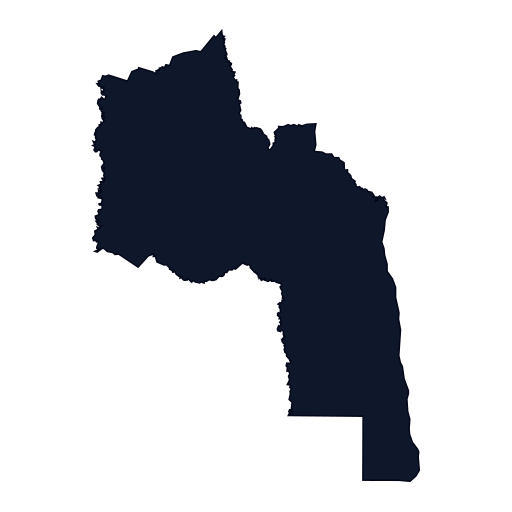 outline of Uruguay, Entre Ríos, Argentina
{"feature_id": "61730980B11587085710178", "entity_name": "Uruguay", "entity_type": "district", "adm_level": 2, "iso_a3": "ARG", "parent_name": "Argentina", "parent_adm1": "Entre Ríos", "projection": "equal_earth", "projection_center": [-58.63, -32.497], "detail": "fine", "context": "isolated", "style": "filled", "palette": "ink", "viewbox_px": 512, "rotation_deg": 0, "n_neighbors": 0, "source": "geoboundaries", "source_scale": "gbopen_adm2", "svg_char_len": 5969}
<svg xmlns="http://www.w3.org/2000/svg" viewBox="0 0 512 512"><path d="M388.1,206.9L386.1,206.7L387.0,202.9L383.7,200.1L384.0,198.0L385.0,198.6L384.1,196.8L381.8,197.8L379.6,196.0L377.6,197.6L377.9,199.9L376.9,199.6L377.0,200.5L375.5,201.2L376.5,197.0L373.4,197.0L374.1,195.7L371.8,192.3L367.7,191.4L366.9,189.8L365.2,189.0L363.1,189.6L362.0,188.3L361.3,189.1L359.6,186.6L358.0,187.2L355.9,186.1L356.0,184.6L354.5,182.5L355.1,181.2L351.5,178.6L350.6,175.4L347.5,172.5L347.5,169.8L345.0,170.1L344.3,168.5L344.1,162.8L339.8,160.0L338.7,157.7L333.9,157.6L331.7,154.0L325.9,154.1L322.1,152.1L314.2,151.5L315.8,144.7L314.6,131.5L315.9,123.8L306.8,124.3L301.9,125.9L298.7,124.7L297.9,126.2L293.8,124.6L290.7,125.7L288.3,124.6L283.3,126.7L278.6,126.5L278.9,128.0L274.3,132.3L274.8,134.2L276.0,134.6L274.9,136.7L276.1,138.0L275.1,139.0L275.2,142.5L273.2,143.2L273.3,145.5L270.3,149.6L268.7,149.5L267.8,148.0L269.8,144.1L268.7,139.8L267.4,138.9L266.4,136.1L262.8,133.7L262.9,132.8L262.1,133.1L262.1,130.9L260.3,128.9L256.1,127.7L255.3,128.5L254.6,127.6L252.9,128.7L251.7,127.6L251.1,128.8L246.9,127.4L244.4,122.3L242.9,122.4L242.1,119.6L240.8,119.2L240.9,115.4L239.5,114.4L239.3,112.8L240.7,110.3L239.3,104.1L240.8,102.9L240.3,100.9L237.6,99.7L239.5,93.8L239.1,89.8L237.8,88.4L238.0,82.1L236.7,82.4L236.6,79.9L235.1,80.3L233.1,77.0L234.6,75.6L233.8,74.8L235.0,72.1L231.6,71.4L232.2,69.7L229.4,65.1L231.2,64.9L231.4,63.4L229.2,62.3L229.4,61.1L227.6,60.9L226.7,57.9L225.7,58.8L224.9,57.9L226.4,57.0L225.1,55.3L226.7,55.0L226.9,54.0L224.9,49.4L225.8,48.8L224.3,46.9L224.9,46.1L223.5,44.2L224.5,42.6L223.9,41.2L224.6,40.1L223.7,39.5L224.8,38.9L223.2,37.8L224.4,36.4L223.1,36.2L222.1,34.6L221.7,30.7L215.9,37.7L214.0,35.7L200.8,51.8L196.0,50.7L183.1,53.1L172.8,57.0L169.6,65.5L165.9,64.7L164.5,67.6L162.2,66.8L162.0,67.7L159.4,68.1L159.5,69.3L158.3,69.6L158.7,70.5L156.1,70.7L156.0,72.6L154.7,73.5L153.2,72.1L138.7,67.7L138.7,69.0L131.9,71.6L127.5,81.1L108.6,75.1L105.3,76.3L102.7,75.7L101.2,80.1L98.1,81.3L99.5,83.9L97.0,83.7L98.7,86.1L101.0,86.7L101.1,88.3L101.9,86.9L102.8,88.4L103.8,87.6L103.7,91.7L101.5,90.9L101.2,92.9L102.4,94.9L104.8,94.9L105.9,96.3L105.0,99.1L103.8,99.2L101.6,97.2L100.0,99.7L98.9,99.1L98.1,100.3L97.6,103.6L99.8,106.9L99.9,109.0L101.9,108.3L101.0,109.8L101.5,111.7L103.8,112.8L102.1,113.6L103.5,115.4L102.0,114.9L101.6,115.8L102.4,118.7L104.1,117.9L103.8,119.6L103.0,119.5L104.0,121.0L102.6,122.9L101.1,122.1L100.8,124.8L99.2,124.8L99.2,127.2L97.8,127.4L95.9,129.6L95.4,132.7L96.3,133.5L94.9,133.1L94.5,134.9L95.7,135.1L95.5,137.8L96.4,139.7L95.2,142.2L93.2,141.3L94.7,144.7L92.8,145.5L95.1,146.7L94.0,150.1L95.4,151.8L96.9,151.6L98.5,149.7L101.8,151.9L100.2,153.2L100.0,155.7L102.0,157.6L101.6,159.1L103.1,160.1L104.2,163.2L101.5,166.9L102.0,168.9L103.7,167.5L104.4,168.7L102.5,170.6L104.3,172.7L103.7,175.8L105.2,177.9L101.9,178.3L103.2,180.4L104.5,179.2L104.0,181.4L100.3,181.8L101.1,184.3L98.1,185.4L99.9,186.8L99.1,188.3L102.0,190.7L100.9,191.6L100.5,189.9L99.1,191.0L98.5,190.2L98.7,193.0L96.0,193.0L96.9,195.9L98.2,196.3L98.1,197.7L99.1,198.0L99.8,195.9L100.8,195.9L101.4,197.4L100.4,198.1L102.5,199.1L101.5,203.2L98.9,204.0L99.5,205.0L102.1,205.2L102.1,209.2L98.7,209.8L98.0,211.0L98.7,213.4L99.9,214.3L95.3,216.1L95.7,218.6L97.2,220.1L99.1,220.2L98.7,221.1L96.0,221.2L97.1,222.8L98.4,222.8L97.3,224.2L99.5,226.1L101.1,226.1L99.3,228.0L97.3,227.3L98.2,229.2L94.8,231.1L95.3,234.9L92.7,237.8L93.5,240.7L95.5,240.1L96.5,241.9L97.7,241.4L98.3,243.0L96.7,247.2L96.8,248.3L98.4,248.9L97.5,250.2L94.9,251.3L97.2,252.1L102.2,248.4L104.1,248.5L107.3,251.5L112.7,252.5L115.0,254.5L118.7,254.1L138.1,267.1L148.3,255.9L153.8,253.9L153.3,256.5L155.4,256.3L156.9,261.9L163.8,264.9L166.5,264.8L169.4,267.7L169.6,269.2L172.3,270.5L172.6,272.1L175.2,271.9L176.3,274.4L179.5,276.6L180.6,276.4L180.1,278.1L182.2,277.3L182.3,278.8L184.1,280.3L187.3,280.0L187.9,278.5L191.5,282.1L193.9,280.6L195.0,281.9L199.7,283.0L200.9,281.8L204.1,283.1L204.4,280.9L206.4,281.4L209.0,279.7L212.8,280.5L216.0,279.6L219.0,276.3L222.4,276.4L224.0,275.1L224.5,272.7L226.9,272.4L228.7,269.7L232.0,270.0L233.3,268.6L235.5,269.1L243.2,262.3L243.6,263.6L247.3,265.1L249.1,264.5L250.4,266.4L250.3,267.6L254.7,272.4L255.5,271.8L256.0,273.2L257.5,273.1L257.1,274.5L258.2,274.9L258.3,277.0L259.8,277.5L259.2,278.5L260.5,278.3L260.8,279.4L261.5,278.6L261.8,280.2L264.7,278.2L265.1,279.0L264.2,279.9L267.9,281.4L271.3,279.9L271.6,281.3L276.0,281.1L276.1,282.3L281.1,283.6L281.4,286.4L280.2,286.6L280.2,287.5L282.5,291.8L281.6,293.3L282.7,296.3L282.4,298.5L284.2,298.3L283.4,300.0L282.1,300.3L281.7,303.0L279.7,302.8L278.0,304.2L280.0,305.5L279.1,307.1L280.4,309.2L280.3,312.3L279.2,313.6L278.6,312.7L277.6,313.3L277.6,315.5L279.8,317.2L279.4,318.2L280.4,317.7L280.2,319.2L281.2,320.9L279.7,322.2L280.3,322.9L281.0,322.2L281.5,323.3L279.6,326.4L278.6,325.8L277.3,329.2L277.9,330.8L280.6,331.5L280.9,330.0L283.5,331.1L283.2,334.2L284.8,335.1L284.7,336.3L283.8,335.9L284.1,337.4L282.9,338.2L283.7,338.9L281.8,339.4L282.6,340.4L281.9,341.0L283.6,343.6L284.9,343.9L284.8,345.7L284.1,345.9L285.0,347.3L284.2,349.4L284.9,352.3L286.6,353.5L286.5,356.0L289.6,359.5L289.8,360.9L291.1,361.1L290.2,363.3L286.8,363.1L286.1,365.8L287.4,367.2L287.0,371.2L288.4,370.8L289.9,373.5L288.5,376.2L289.6,379.8L287.3,384.6L290.1,384.9L290.4,386.1L289.7,387.2L291.4,388.9L290.0,391.6L290.4,393.6L289.1,399.5L292.1,402.2L291.4,408.6L292.6,411.3L292.2,412.2L290.9,410.0L289.6,409.7L288.8,411.5L290.0,413.6L289.2,413.6L288.3,415.5L363.1,416.2L362.9,480.2L399.2,480.3L410.0,481.3L415.8,476.1L419.3,470.3L418.2,456.9L418.7,452.0L417.7,449.4L412.3,442.1L409.6,434.4L409.1,428.7L409.8,419.2L407.7,411.5L406.9,399.1L408.4,393.7L408.4,390.6L404.1,378.8L402.3,366.2L400.3,362.6L398.8,355.5L400.5,329.8L398.5,318.9L399.0,312.9L395.6,297.6L395.6,287.4L392.4,278.8L387.1,271.3L387.1,264.2L384.6,255.3L384.0,248.7L381.7,241.9L384.2,230.2L385.1,219.9L388.2,212.0L388.1,206.9Z" fill="#0f172a" stroke="#020617" stroke-width="1.5"/></svg>